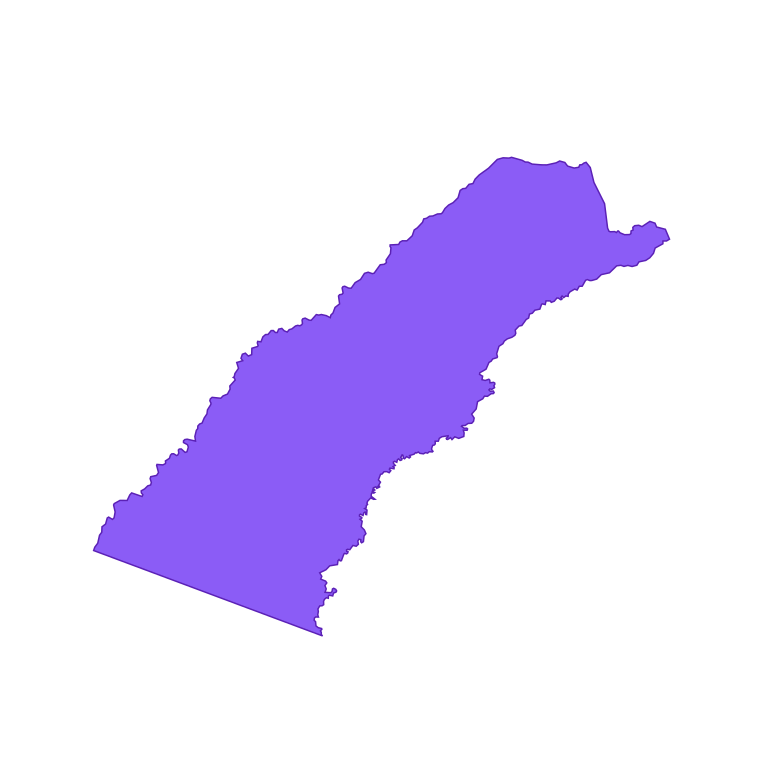 Castilla La Nueva, Meta, Colombia, rotated 122°
{"feature_id": "7082276B35606962606401", "entity_name": "Castilla La Nueva", "entity_type": "district", "adm_level": 2, "iso_a3": "COL", "parent_name": "Colombia", "parent_adm1": "Meta", "projection": "orthographic", "projection_center": [-73.54, 3.813], "detail": "fine", "context": "isolated", "style": "filled", "palette": "violet", "viewbox_px": 768, "rotation_deg": 122, "n_neighbors": 0, "source": "geoboundaries", "source_scale": "gbopen_adm2", "svg_char_len": 6165}
<svg xmlns="http://www.w3.org/2000/svg" viewBox="0 0 768 768"><g transform="rotate(122 384 384)"><path d="M109.9,218.6L103.7,227.4L106.4,236.0L104.0,239.4L105.2,244.7L113.8,248.6L114.4,252.1L116.9,255.3L119.3,256.0L121.4,254.4L123.3,255.6L125.6,254.3L127.1,254.9L129.9,259.1L130.7,263.9L130.0,266.2L130.3,266.8L132.4,267.2L132.5,269.1L135.0,272.8L135.2,274.2L133.3,277.0L114.2,292.5L101.8,312.8L91.1,323.8L88.9,330.1L90.8,331.6L93.1,332.4L94.4,334.1L97.0,333.7L100.1,337.2L101.9,343.8L100.3,348.0L101.8,353.2L105.2,355.2L111.9,362.0L114.7,366.6L119.0,374.9L119.5,379.4L120.9,381.8L121.1,385.4L124.2,396.0L126.1,397.6L129.1,402.9L133.5,406.9L145.6,409.7L156.1,414.0L161.9,415.3L166.9,414.8L169.6,417.7L174.8,418.4L176.6,420.7L179.5,422.0L186.8,419.9L193.6,421.5L197.9,424.0L202.8,425.3L207.8,425.2L209.4,425.8L211.5,428.8L215.6,431.6L217.6,434.3L221.0,435.8L222.9,437.8L226.4,437.0L233.9,438.5L237.4,440.0L243.3,438.6L250.5,440.5L252.8,444.3L255.2,445.7L257.9,445.5L262.8,452.5L264.1,451.8L264.8,450.3L270.1,447.6L277.8,447.9L279.8,446.3L282.3,447.2L284.9,450.4L295.3,451.1L296.6,452.4L297.6,456.7L300.5,459.2L307.8,459.3L313.3,462.2L320.1,462.6L321.4,464.7L321.9,469.1L323.2,470.4L324.8,470.4L328.5,466.9L330.2,467.2L331.8,469.0L333.5,469.2L339.6,464.1L345.0,466.1L350.8,464.9L353.7,465.6L356.2,464.7L356.6,469.2L358.3,474.0L360.1,475.8L361.0,478.2L368.6,479.5L369.5,481.3L369.9,485.8L371.7,487.4L373.2,487.4L375.9,485.2L377.4,485.2L379.2,486.2L380.0,488.3L381.7,489.8L386.2,491.4L388.1,493.2L391.2,493.6L391.8,496.8L391.0,500.1L393.3,502.4L396.9,501.8L397.9,503.4L397.3,506.1L398.5,508.0L403.4,508.6L404.9,510.7L408.2,511.7L413.4,510.7L414.8,513.7L416.3,513.2L418.2,511.1L419.2,511.1L423.7,515.0L429.2,511.8L432.2,513.9L431.3,517.9L433.8,519.9L438.0,518.9L439.1,516.2L443.8,520.3L447.8,515.7L454.1,516.0L457.1,514.9L458.3,515.3L458.2,514.1L459.5,512.3L467.4,513.7L469.9,511.8L475.5,511.4L479.4,514.2L482.6,514.9L486.4,522.7L488.7,523.4L490.5,522.8L491.9,520.6L493.2,520.0L499.5,520.0L503.2,518.3L507.9,518.5L513.5,517.6L515.7,519.2L518.3,519.6L520.6,518.3L522.7,518.6L528.7,516.6L532.3,513.6L535.1,521.7L536.7,523.5L538.5,523.9L539.9,523.0L539.6,518.5L541.2,516.5L545.9,515.2L547.4,516.4L546.5,521.5L547.7,523.2L549.0,523.4L551.4,521.4L553.7,521.3L554.6,522.0L554.6,525.4L555.7,527.0L557.4,527.4L560.7,526.6L565.1,528.6L566.7,527.3L567.8,527.4L569.8,528.7L572.5,533.9L573.5,533.7L578.6,528.3L582.0,528.4L586.2,532.7L588.2,532.2L590.8,529.1L593.3,528.4L595.6,530.4L599.8,531.4L603.3,533.3L604.9,532.1L605.7,529.8L607.6,529.6L610.1,540.3L612.8,540.8L618.9,540.1L622.6,546.2L628.4,549.4L629.9,549.2L635.0,544.2L640.5,542.0L642.7,542.5L642.8,547.0L644.3,547.7L650.3,545.9L654.5,547.5L659.3,544.8L663.0,545.1L670.7,542.4L675.7,542.8L679.1,542.0L630.2,302.6L629.7,304.4L627.7,305.7L627.1,307.1L625.0,306.7L624.4,307.3L625.5,310.7L625.2,313.5L621.8,316.1L621.4,318.0L619.3,319.0L617.8,318.5L616.4,316.1L614.8,317.9L611.8,319.1L609.8,320.8L606.2,320.9L604.9,319.0L603.1,318.2L600.3,320.1L598.2,320.4L595.8,319.6L595.2,317.7L593.3,318.8L592.1,318.5L590.9,315.2L588.0,316.0L586.0,314.4L584.6,314.5L583.7,316.1L583.9,318.4L585.1,319.1L587.6,318.1L589.2,318.6L591.9,323.6L588.4,324.4L586.2,327.3L583.0,327.1L582.1,329.1L583.0,334.3L580.1,334.8L578.2,338.5L572.3,334.8L567.0,333.7L561.8,327.8L558.2,329.4L556.7,329.1L557.2,327.4L556.4,326.5L549.6,327.9L548.6,327.7L547.9,325.7L546.4,325.2L545.2,325.7L545.7,327.0L544.4,327.9L543.4,327.2L542.7,325.2L537.4,324.8L536.3,321.6L533.5,320.8L531.0,323.0L528.9,323.0L528.3,321.2L530.2,320.0L530.5,318.8L528.6,317.9L523.4,320.4L520.5,320.0L518.2,323.3L517.1,327.7L511.9,329.8L511.4,332.7L509.9,331.7L508.9,332.1L509.1,334.7L508.1,335.4L506.9,335.1L506.6,332.1L504.0,332.8L502.6,332.2L502.7,331.4L504.3,330.4L504.0,329.5L499.9,331.6L499.8,334.4L498.6,333.5L496.4,334.6L494.9,334.1L494.1,335.3L492.2,335.8L487.7,334.9L487.3,331.7L486.5,330.6L486.0,335.4L483.8,336.5L482.7,336.5L481.9,334.8L480.9,334.4L481.4,336.9L480.5,337.0L478.8,335.6L478.4,336.2L479.5,337.5L477.6,338.0L475.5,336.4L476.3,334.8L473.6,333.1L473.1,333.7L473.8,334.8L469.1,335.0L468.3,337.9L462.4,339.1L461.3,337.9L458.4,337.5L456.8,335.1L456.5,332.6L453.9,332.3L453.4,334.3L452.2,334.4L450.6,330.6L449.6,331.0L449.2,332.6L447.1,331.3L446.3,333.9L445.2,334.7L444.0,334.1L443.6,331.7L441.0,332.5L439.7,331.9L440.3,329.8L439.1,328.8L437.9,329.0L437.5,330.9L434.5,331.1L434.4,330.2L436.6,328.1L436.5,326.9L433.6,326.4L433.4,323.4L431.8,322.9L431.1,324.4L427.6,321.3L425.5,320.9L425.3,319.9L423.5,318.8L423.8,316.8L422.3,313.5L420.3,312.5L419.5,310.4L417.4,309.7L416.0,307.0L415.1,306.8L414.5,308.6L413.3,309.5L410.3,310.2L408.9,308.9L407.6,308.8L405.4,310.3L403.7,307.6L400.8,308.3L398.1,307.0L393.9,302.2L394.9,301.7L397.0,302.5L397.7,301.6L397.3,300.6L394.2,299.1L395.1,296.9L391.3,296.0L390.5,291.8L386.2,288.5L383.1,290.1L381.1,292.3L379.2,289.0L377.8,289.3L377.6,290.4L379.1,292.7L378.8,295.9L377.8,295.7L376.2,293.2L372.9,291.8L370.8,288.8L368.2,288.3L365.1,289.5L363.1,293.7L356.3,292.6L349.4,295.3L344.2,292.4L341.1,292.4L339.6,289.7L335.5,288.0L334.2,286.2L333.0,286.0L332.0,287.5L333.8,290.0L333.4,291.9L332.1,291.7L331.4,289.7L328.5,288.3L327.2,289.9L325.4,289.9L324.5,290.6L324.5,291.9L326.8,294.8L324.7,296.3L324.4,297.6L327.4,300.1L328.4,303.2L325.1,304.5L325.2,308.1L323.7,308.7L317.3,305.3L310.1,306.4L307.8,305.2L305.2,305.1L301.7,302.1L300.8,302.2L298.6,304.5L291.1,306.5L286.8,304.5L283.8,304.7L280.3,303.3L276.6,300.3L273.3,298.8L271.2,299.1L268.7,301.3L263.3,300.2L261.3,298.1L253.9,297.6L251.4,296.3L247.6,297.7L245.3,295.7L241.5,295.2L237.9,291.5L232.9,292.6L232.1,292.1L231.2,289.4L227.6,290.6L225.5,287.1L226.1,285.4L223.6,283.5L219.4,282.9L218.7,281.5L218.9,278.9L218.1,278.1L217.3,278.1L216.9,279.8L215.0,279.6L215.5,277.4L213.0,276.5L212.1,274.3L210.0,275.4L207.2,275.1L202.5,272.6L202.0,270.0L197.7,270.2L196.0,267.7L189.2,268.0L187.7,266.9L187.2,264.2L186.1,262.6L182.3,259.2L176.1,257.7L170.2,251.7L160.5,249.3L157.8,246.0L157.1,242.8L154.2,240.0L152.9,235.9L149.3,232.5L145.3,232.5L140.5,227.5L136.1,225.5L130.4,224.7L125.0,226.1L117.3,221.8L114.9,223.2L113.0,220.2L109.9,218.6Z" fill="#8b5cf6" stroke="#5b21b6" stroke-width="1.5"/></g></svg>